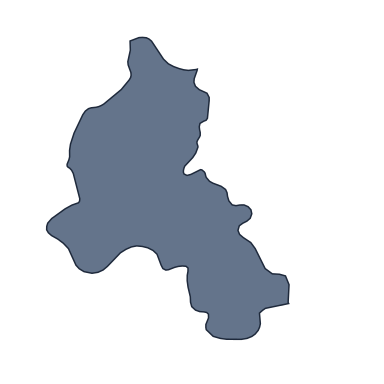 map outline of Lạng Sơn (orthographic projection), rotated 22°
{"feature_id": "VNM-454", "entity_name": "Lạng Sơn", "entity_type": "Province", "adm_level": 1, "iso_a3": "VNM", "parent_name": "Vietnam", "parent_adm1": "", "projection": "orthographic", "projection_center": [106.647, 21.903], "detail": "fine", "context": "isolated", "style": "filled", "palette": "slate", "viewbox_px": 384, "rotation_deg": 22, "n_neighbors": 0, "source": "natural_earth", "source_scale": "10m", "svg_char_len": 2221}
<svg xmlns="http://www.w3.org/2000/svg" viewBox="0 0 384 384"><g transform="rotate(22 192 192)"><path d="M150.9,76.1L151.2,77.5L151.6,86.1L152.7,89.6L155.6,92.7L160.4,94.4L168.9,94.8L172.5,97.9L173.7,100.9L178.7,117.9L178.2,120.2L176.3,122.0L173.7,125.4L174.3,128.8L175.7,131.4L177.3,133.7L178.4,136.4L178.4,138.1L177.8,141.8L177.8,143.7L178.4,145.0L180.3,147.3L180.7,148.2L180.9,154.4L179.8,159.8L175.6,170.7L175.6,172.7L175.9,174.9L176.6,176.9L177.9,178.3L181.2,178.5L184.5,176.0L191.5,168.1L192.9,167.8L195.9,168.8L197.1,169.7L198.8,172.1L199.8,173.2L204.2,175.5L208.0,176.0L216.9,175.8L222.2,177.1L224.8,179.6L226.6,182.8L229.5,186.4L234.1,188.9L237.9,188.2L241.3,186.1L245.1,184.5L249.5,184.6L253.3,186.4L255.6,189.8L255.8,194.6L253.8,198.5L250.8,201.9L248.5,205.6L249.0,210.4L252.0,213.5L256.4,215.0L265.5,216.9L271.8,220.8L288.5,235.6L297.1,237.8L303.9,235.5L310.1,234.8L316.7,241.6L322.5,258.4L323.4,259.2L303.6,272.4L301.8,275.2L299.9,279.0L304.7,288.5L305.3,292.0L305.2,295.5L303.8,300.0L301.6,303.5L297.9,307.1L292.8,310.2L279.1,315.6L273.3,317.1L265.7,317.9L256.8,314.3L255.6,312.4L254.5,309.6L254.5,302.6L253.0,299.1L250.8,298.2L247.9,298.7L244.0,300.0L239.5,300.2L234.7,298.4L231.9,294.7L229.7,289.8L224.0,281.7L220.8,276.1L218.8,271.0L218.0,267.1L216.8,264.0L214.3,263.1L210.8,264.2L207.2,266.1L204.2,268.3L199.3,272.9L197.0,274.2L193.7,273.9L190.8,271.4L182.9,262.8L177.8,260.8L171.9,260.3L166.3,261.1L160.9,262.7L156.4,265.6L152.3,269.8L148.4,275.2L141.4,292.7L138.8,297.6L134.9,301.7L129.7,304.8L121.7,306.3L116.2,305.4L111.8,303.3L98.7,290.8L91.9,287.7L85.1,285.9L78.1,285.0L74.1,283.6L71.4,281.5L70.2,278.3L69.9,274.9L71.9,269.1L80.7,255.1L85.6,249.1L90.8,244.5L91.2,242.7L90.5,240.3L75.0,219.3L72.2,216.9L69.6,215.7L67.9,215.5L66.5,214.7L65.8,213.1L65.8,208.1L65.4,205.3L62.9,199.3L61.4,193.1L60.6,181.5L61.8,161.3L62.8,156.9L64.8,153.5L67.0,151.7L71.3,149.4L73.5,147.8L75.4,145.9L77.2,143.6L88.0,123.6L91.8,111.6L92.2,108.8L91.8,106.5L90.6,104.1L85.2,98.1L83.7,95.2L81.7,83.6L78.0,75.2L85.0,68.7L88.2,67.2L91.9,66.1L94.9,66.3L98.0,67.3L115.8,79.5L122.0,82.0L128.0,82.6L133.8,82.4L138.6,81.8L143.1,80.6L150.1,76.8L150.9,76.1L150.9,76.1Z" fill="#64748b" stroke="#1e293b" stroke-width="1.5"/></g></svg>